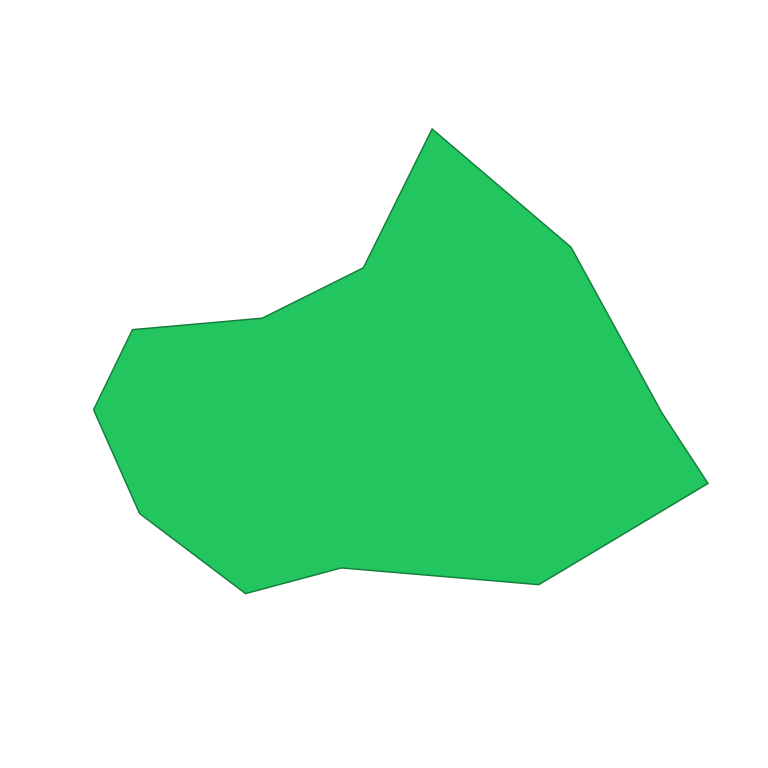 the border of Salford, rotated 165°
{"feature_id": "GBR-5676", "entity_name": "Salford", "entity_type": "Metropolitan Borough", "adm_level": 1, "iso_a3": "GBR", "parent_name": "United Kingdom", "parent_adm1": "", "projection": "natural_earth1", "projection_center": [-2.406, 53.486], "detail": "fine", "context": "isolated", "style": "filled", "palette": "green", "viewbox_px": 768, "rotation_deg": 165, "n_neighbors": 0, "source": "natural_earth", "source_scale": "10m", "svg_char_len": 326}
<svg xmlns="http://www.w3.org/2000/svg" viewBox="0 0 768 768"><g transform="rotate(165 384 384)"><path d="M167.9,467.6L123.2,284.7L96.8,204.1L286.4,150.1L472.9,217.4L572.0,217.4L653.6,322.1L671.2,434.3L612.9,501.6L484.6,479.1L373.8,501.6L271.5,617.9L167.9,467.6Z" fill="#22c55e" stroke="#15803d" stroke-width="1.5"/></g></svg>